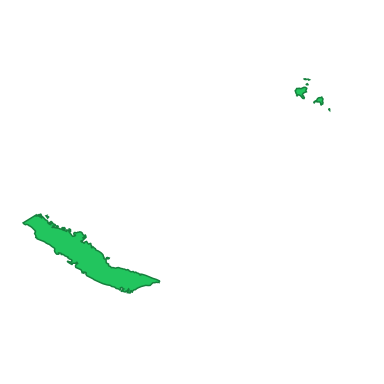 the district of Roatan, Islas de la Bahía, Honduras, rotated 239°
{"feature_id": "27666195B61672641857391", "entity_name": "Roatan", "entity_type": "district", "adm_level": 2, "iso_a3": "HND", "parent_name": "Honduras", "parent_adm1": "Islas de la Bahía", "projection": "mercator", "projection_center": [-86.506, 16.164], "detail": "fine", "context": "isolated", "style": "filled", "palette": "green", "viewbox_px": 384, "rotation_deg": 239, "n_neighbors": 0, "source": "geoboundaries", "source_scale": "gbopen_adm2", "svg_char_len": 5802}
<svg xmlns="http://www.w3.org/2000/svg" viewBox="0 0 384 384"><g transform="rotate(239 192 192)"><path d="M252.5,31.3L251.3,31.5L250.0,32.2L249.7,32.4L249.4,33.7L247.9,34.8L246.9,35.0L246.3,35.6L244.2,36.5L239.3,37.7L238.9,37.6L238.7,37.1L237.9,36.8L237.8,36.1L237.5,35.7L235.3,35.7L234.4,35.4L233.5,34.6L232.8,35.3L231.7,35.1L227.1,38.6L227.0,38.9L226.2,39.2L225.5,39.9L223.1,40.8L222.4,41.4L222.0,41.5L220.6,42.7L217.3,43.9L214.9,45.1L213.8,45.1L212.9,44.1L211.5,43.6L209.9,43.7L208.7,43.9L208.3,44.1L207.4,45.7L207.4,45.8L208.4,46.2L207.8,46.6L207.9,47.2L207.6,47.5L206.4,48.5L206.2,48.4L206.0,47.8L205.7,47.8L204.6,49.6L203.0,50.0L200.1,52.2L199.6,51.7L198.8,52.2L197.9,52.3L196.0,53.9L195.4,53.6L194.8,53.7L194.5,53.2L194.6,52.7L194.3,51.5L195.2,51.1L196.5,50.1L196.7,49.7L196.4,49.4L195.5,49.7L193.3,50.8L191.7,51.8L191.7,52.0L192.7,52.4L191.1,55.2L190.9,55.8L191.2,56.9L191.0,57.2L189.7,57.2L189.5,55.3L189.1,54.4L188.0,53.7L187.1,53.6L182.7,56.7L181.4,56.8L179.3,56.2L178.8,56.9L178.0,57.5L178.3,57.8L179.2,57.7L178.5,58.8L177.8,59.5L177.4,59.7L176.9,59.6L176.7,59.4L176.5,58.8L174.5,58.7L168.8,62.3L167.1,63.0L161.3,67.0L159.2,68.5L156.1,71.4L154.0,73.9L152.5,74.4L150.6,76.5L149.9,76.9L148.4,77.3L146.6,79.3L145.4,79.5L145.2,79.8L145.0,80.2L145.7,81.0L146.1,81.3L146.8,81.4L146.4,82.8L144.8,83.1L144.0,83.6L144.0,81.7L143.3,80.4L143.1,80.5L142.9,80.8L143.3,81.6L143.2,81.9L142.8,82.1L142.0,82.0L140.7,83.2L141.0,84.3L140.6,84.6L140.6,85.0L141.6,87.8L141.1,87.8L140.3,87.3L140.2,86.7L139.7,85.9L139.6,85.3L139.1,84.7L137.4,86.8L137.3,87.1L137.4,87.3L138.6,87.8L138.8,88.8L138.7,89.1L138.2,89.4L137.6,89.0L137.1,89.0L136.9,89.3L137.7,90.1L138.0,91.9L137.4,93.3L137.7,94.8L137.6,96.6L137.1,99.9L135.8,104.3L134.3,106.4L133.5,108.0L134.3,111.4L134.2,112.1L133.3,113.6L133.1,114.8L132.4,115.5L131.9,116.6L131.4,117.1L131.6,117.2L132.0,118.1L132.6,118.3L135.4,116.4L138.1,114.0L144.2,109.5L146.8,107.2L147.7,106.2L148.1,105.6L148.1,105.3L147.3,105.1L147.6,104.7L149.3,104.5L150.0,104.1L151.1,103.0L152.2,102.6L152.5,102.0L152.5,101.2L154.2,100.6L154.8,99.0L155.1,98.5L156.0,98.1L156.9,97.5L157.7,97.5L158.5,97.0L158.7,96.7L158.6,96.4L159.2,95.3L160.6,94.5L161.3,93.5L162.4,92.6L163.1,91.7L165.1,90.1L165.7,88.8L166.0,87.3L167.9,85.4L168.7,83.9L170.2,83.7L171.6,82.6L172.5,82.9L172.9,83.3L173.2,83.4L174.8,82.3L175.3,82.2L175.9,82.2L178.3,83.5L178.9,83.4L179.7,82.5L180.3,82.3L180.6,82.3L181.1,82.9L182.6,82.9L183.5,83.3L184.4,83.3L186.3,82.9L187.9,82.2L190.0,81.1L190.7,80.5L192.0,79.7L193.2,80.0L194.0,79.5L196.0,78.9L196.1,78.5L195.7,77.8L196.0,77.3L196.7,77.4L197.5,78.2L198.8,78.1L199.5,78.6L200.1,78.6L200.4,78.2L200.4,76.9L200.6,76.5L202.0,76.2L203.9,76.2L204.3,74.6L203.7,73.4L203.7,73.1L205.2,72.6L205.7,71.8L206.9,71.4L207.1,71.5L207.1,72.3L206.6,72.9L206.8,73.8L207.4,74.8L209.0,75.0L209.1,76.2L209.7,77.2L210.3,77.3L211.7,76.5L213.3,76.8L214.9,76.2L215.7,75.2L215.8,74.3L216.4,73.2L216.4,72.3L216.6,71.7L217.5,71.0L217.8,70.4L217.7,69.9L217.2,69.2L215.6,68.8L215.4,68.8L215.3,69.8L215.1,69.9L214.9,69.8L214.7,69.3L214.9,68.7L214.8,68.1L215.2,67.6L215.4,66.9L216.4,66.6L217.7,66.6L221.1,66.1L222.8,66.6L223.9,65.1L223.0,64.6L222.9,64.1L224.5,63.2L225.2,62.3L226.7,61.3L227.7,60.9L228.3,59.8L229.8,59.0L230.5,57.8L231.3,57.1L231.6,56.5L232.9,55.4L233.3,54.3L233.7,53.9L233.8,53.9L234.0,55.2L234.5,55.5L233.8,56.2L233.5,57.1L233.9,57.8L234.4,57.9L234.9,57.7L236.0,56.7L238.2,56.5L239.3,56.0L239.1,54.2L238.9,53.5L238.3,54.0L237.5,55.3L237.4,54.6L236.8,54.1L237.4,53.6L237.5,53.3L238.6,52.9L239.5,53.1L239.8,52.9L239.7,52.6L239.9,52.5L241.2,53.3L242.6,52.8L243.7,52.0L244.8,51.9L247.7,51.2L248.0,50.9L248.1,50.5L247.3,50.0L247.3,49.7L248.5,49.5L249.2,48.7L249.7,48.8L250.4,48.5L250.5,47.9L251.7,48.2L251.7,47.9L251.3,47.6L251.6,46.0L252.0,45.9L252.3,46.6L252.6,46.7L252.5,31.3ZM215.4,335.1L214.9,335.4L214.4,336.2L215.2,337.0L216.4,336.8L216.9,337.0L217.2,336.6L217.9,336.8L218.4,336.7L218.7,336.8L219.4,338.5L219.2,340.7L218.9,341.7L219.2,341.8L220.0,341.7L220.6,342.1L221.5,343.6L221.8,343.8L223.3,343.1L224.1,341.9L224.4,338.9L225.0,337.9L225.6,337.5L225.7,336.8L226.2,336.4L226.3,335.8L226.8,335.1L226.5,334.5L225.9,333.7L225.8,332.8L225.6,332.6L222.7,332.0L221.4,332.1L220.8,331.8L220.6,331.4L220.3,331.6L220.2,331.9L220.7,332.7L220.5,333.3L219.4,334.2L218.5,334.6L215.4,335.1ZM202.3,348.1L200.7,347.5L200.1,347.5L200.0,347.8L200.5,348.6L200.1,349.0L200.1,349.4L201.3,350.4L202.6,350.4L202.8,350.9L203.2,351.0L204.2,352.2L205.5,352.0L206.5,352.1L206.4,351.5L207.4,349.5L207.5,348.6L207.4,347.7L206.4,346.1L206.5,343.3L205.8,342.5L205.5,342.7L205.9,343.1L205.8,344.5L205.2,345.2L205.0,345.9L204.3,346.2L203.9,347.3L203.5,347.8L202.3,348.1ZM209.5,78.4L210.0,78.4L210.0,78.1L209.3,77.7L208.8,77.1L208.3,75.8L208.4,75.3L208.1,75.2L207.2,75.3L207.8,77.9L209.5,78.4ZM226.5,64.5L227.4,64.1L227.6,63.4L228.2,62.7L228.2,62.2L227.2,62.1L226.1,63.5L225.4,63.9L225.5,64.2L226.5,64.5ZM250.8,51.0L251.1,50.6L251.0,49.9L251.2,49.5L250.8,49.0L250.1,49.3L249.1,50.1L248.8,50.5L249.2,50.9L250.8,51.0ZM178.0,87.1L179.5,85.7L179.7,84.9L179.3,84.4L178.7,84.5L177.8,85.8L177.7,86.7L178.0,87.1ZM222.4,68.5L223.5,67.9L223.6,67.6L222.2,67.0L220.7,67.3L220.8,67.7L222.4,68.5ZM230.7,59.4L232.0,59.5L232.5,58.9L232.6,58.2L231.9,57.7L231.5,57.7L231.1,58.7L231.1,59.3L230.7,59.4ZM244.4,56.2L245.0,56.0L245.5,55.6L245.4,54.7L243.9,54.8L244.2,55.4L244.4,56.2ZM224.4,346.8L225.5,346.5L225.4,345.4L225.0,345.4L224.7,345.7L224.2,346.6L224.4,346.8ZM192.4,352.7L192.6,352.6L192.7,352.3L192.2,351.7L191.0,352.0L191.8,352.5L192.4,352.7ZM229.7,348.1L230.5,347.6L230.9,347.0L231.1,346.3L230.7,346.3L230.3,346.9L229.6,347.6L229.7,348.1ZM227.7,350.5L228.9,349.7L229.1,349.2L227.8,349.7L227.7,350.5ZM246.6,55.4L246.8,54.5L245.7,54.7L245.9,55.1L246.4,55.1L246.6,55.4Z" fill="#22c55e" stroke="#15803d" stroke-width="1.5"/></g></svg>